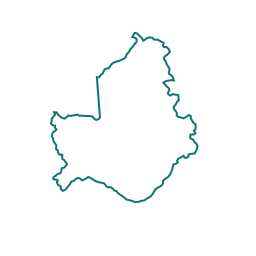 outline of Campos Verdes, Goiás, Brazil, rotated 37°
{"feature_id": "56859067B87172144866802", "entity_name": "Campos Verdes", "entity_type": "district", "adm_level": 2, "iso_a3": "BRA", "parent_name": "Brazil", "parent_adm1": "Goiás", "projection": "orthographic", "projection_center": [-49.665, -14.2], "detail": "fine", "context": "isolated", "style": "outline", "palette": "teal", "viewbox_px": 256, "rotation_deg": 37, "n_neighbors": 0, "source": "geoboundaries", "source_scale": "gbopen_adm2", "svg_char_len": 2748}
<svg xmlns="http://www.w3.org/2000/svg" viewBox="0 0 256 256"><g transform="rotate(37 128 128)"><path d="M168.7,81.1L167.8,84.3L166.5,86.9L163.8,87.8L161.8,88.8L159.5,88.9L158.1,86.7L155.2,85.5L153.1,85.1L151.6,83.4L152.0,80.4L151.3,77.5L152.0,75.4L150.2,73.6L148.2,71.4L146.0,72.8L143.7,73.7L142.2,76.7L139.7,76.8L138.5,75.3L138.3,72.9L136.8,71.6L134.3,71.6L131.5,70.9L129.0,70.4L130.0,67.8L131.7,65.8L133.5,64.0L136.1,62.4L133.9,61.0L131.6,59.7L128.7,60.2L127.1,59.0L125.9,55.9L123.0,54.7L120.0,53.5L118.0,52.1L115.8,51.5L114.4,50.3L114.4,48.0L115.3,45.9L115.6,41.8L112.4,40.4L109.6,40.2L107.9,41.9L106.2,41.0L105.3,38.6L102.2,39.1L98.5,39.6L95.4,41.9L93.5,41.2L90.7,42.6L88.9,45.0L88.4,47.4L87.7,49.1L85.5,48.0L81.8,47.4L78.2,47.1L76.1,48.0L76.3,50.3L76.8,52.7L79.0,51.8L81.3,51.8L83.1,54.2L82.7,57.7L82.9,60.4L82.4,63.7L82.7,65.4L83.0,67.5L82.5,69.2L83.3,72.0L83.5,73.9L82.7,75.6L80.9,79.2L79.7,80.7L77.3,84.2L76.5,86.7L76.5,89.2L76.7,91.8L75.3,93.1L74.1,95.2L74.4,97.5L75.0,99.4L74.3,102.4L74.4,104.8L72.5,106.1L99.3,136.5L99.2,138.6L97.7,140.7L95.1,140.9L93.0,140.2L91.4,140.9L89.4,141.9L87.0,144.0L84.3,145.4L82.1,147.4L79.4,147.8L77.9,149.7L76.3,151.3L74.9,152.9L72.7,153.9L72.6,156.0L71.7,158.7L68.7,159.7L66.9,159.7L64.4,159.4L61.5,158.5L59.5,159.9L61.7,161.2L61.6,164.0L61.6,166.6L63.2,169.0L63.7,170.8L66.4,171.1L68.4,170.0L69.3,171.7L71.6,172.1L71.7,174.2L70.8,176.0L71.1,178.1L72.0,180.3L74.5,181.5L76.9,183.7L80.9,184.7L83.3,188.2L85.3,188.1L86.8,189.6L89.3,190.6L91.5,188.9L92.5,190.4L94.3,192.3L96.5,192.0L98.5,192.7L101.1,193.6L101.0,197.8L99.3,200.1L100.6,202.3L101.3,204.9L99.6,206.9L98.9,209.5L98.1,212.3L99.4,213.9L101.1,212.8L103.3,212.0L103.9,214.2L106.3,215.6L109.4,215.1L111.0,217.2L113.8,217.4L115.2,214.6L115.3,211.2L115.4,207.7L115.0,204.8L116.3,203.4L117.0,200.1L118.2,197.9L119.9,197.2L123.0,197.4L124.8,193.8L125.8,190.9L128.1,190.5L134.6,189.8L137.1,189.0L142.0,186.6L144.4,187.1L146.0,187.7L148.1,187.1L150.3,185.5L152.0,185.6L154.5,186.2L157.0,185.3L158.9,186.0L160.8,186.1L163.3,185.9L167.4,185.8L169.7,186.1L171.9,185.1L174.1,184.1L176.5,183.5L179.0,182.5L180.8,180.6L182.7,178.0L184.6,176.0L186.0,171.7L187.2,169.3L187.4,166.2L186.8,160.8L187.5,158.0L188.7,156.0L189.5,153.1L189.1,150.8L187.8,149.1L188.1,146.9L188.9,144.7L189.5,142.6L189.5,139.4L189.0,137.2L188.3,134.4L187.1,132.0L186.2,129.9L187.8,127.8L188.4,125.5L186.9,124.6L186.5,122.6L188.2,119.0L189.1,116.7L190.8,117.6L192.6,116.8L193.4,114.3L192.4,112.8L193.5,111.1L196.5,108.3L196.1,105.2L195.2,102.3L194.4,100.6L192.3,99.4L190.0,99.4L187.0,98.1L183.8,98.7L181.8,95.7L184.4,93.5L185.1,91.7L182.3,90.5L182.7,88.7L181.5,86.5L179.4,84.3L177.2,84.4L174.9,83.7L172.0,82.2L171.1,80.7L168.7,81.1Z" fill="none" stroke="#0f766e" stroke-width="2"/></g></svg>